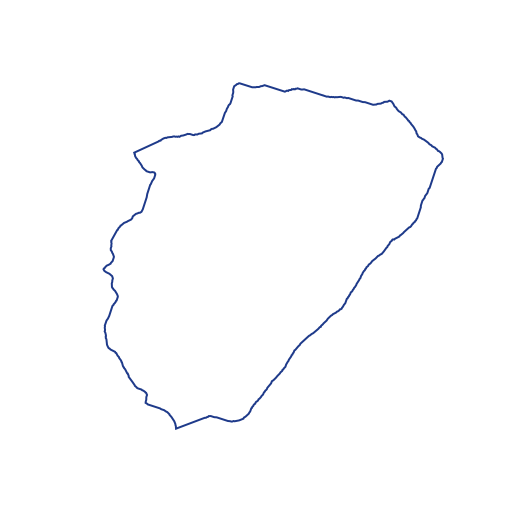 the district of Palmeras, Alajuela, Costa Rica, rotated 198°
{"feature_id": "36466004B65263454965640", "entity_name": "Palmeras", "entity_type": "district", "adm_level": 2, "iso_a3": "CRI", "parent_name": "Costa Rica", "parent_adm1": "Alajuela", "projection": "orthographic", "projection_center": [-84.433, 10.047], "detail": "fine", "context": "isolated", "style": "outline", "palette": "blue", "viewbox_px": 512, "rotation_deg": 198, "n_neighbors": 0, "source": "geoboundaries", "source_scale": "gbopen_adm2", "svg_char_len": 6103}
<svg xmlns="http://www.w3.org/2000/svg" viewBox="0 0 512 512"><g transform="rotate(198 256 256)"><path d="M278.7,67.1L255.6,85.6L254.7,86.3L253.6,86.7L253.0,87.5L252.0,88.1L251.5,89.1L249.5,89.8L245.9,89.8L243.6,90.4L231.7,90.4L229.5,90.9L228.3,90.9L227.3,91.3L226.4,92.1L225.3,92.2L221.3,94.4L217.7,97.4L217.6,98.5L216.3,100.0L214.1,103.9L214.0,105.1L213.5,106.2L213.4,109.7L212.9,110.3L212.9,111.5L212.3,112.4L212.2,113.6L211.7,114.7L211.1,115.3L211.1,116.5L210.7,117.5L209.9,118.3L209.4,119.3L209.3,120.5L208.6,121.4L207.7,123.4L207.5,124.5L206.5,126.4L206.3,128.7L205.7,129.7L205.6,130.8L204.9,131.8L204.5,132.9L204.5,134.1L202.3,139.5L202.2,141.8L201.0,143.3L199.4,146.4L198.6,148.5L197.0,151.7L196.8,152.8L195.6,154.8L195.6,156.0L195.0,156.6L194.8,157.7L193.8,159.7L193.8,162.1L193.1,165.3L192.7,166.3L192.7,167.5L191.5,171.4L191.5,172.6L190.9,173.5L190.9,174.7L190.4,175.7L190.3,178.0L189.6,178.9L187.9,183.1L186.8,185.1L186.7,186.3L180.9,196.5L180.2,197.1L179.0,199.0L177.8,200.2L174.2,206.0L173.4,208.0L172.5,208.6L172.5,209.8L171.3,211.7L171.0,212.7L168.9,216.4L168.3,218.6L166.2,222.5L165.3,223.4L164.9,224.4L162.4,226.9L161.9,228.0L161.0,228.7L160.0,230.1L159.8,231.1L158.9,231.6L158.3,232.3L158.2,233.4L157.7,234.5L157.3,236.7L156.5,238.7L156.4,243.4L155.8,244.0L155.8,245.2L155.2,246.2L155.2,247.4L154.7,248.3L154.6,250.7L153.9,251.6L153.5,252.7L153.4,253.8L152.9,254.9L152.8,256.1L152.3,257.0L152.0,258.2L151.7,259.3L151.7,260.5L150.5,265.0L150.4,266.2L149.9,267.1L149.9,269.5L149.3,271.6L149.3,272.8L148.7,275.1L148.1,276.0L148.1,277.2L147.5,278.1L147.5,279.3L146.3,281.2L146.2,282.3L145.7,283.3L145.1,283.9L144.6,285.0L143.9,287.1L141.5,290.6L140.0,293.7L139.2,294.3L138.0,296.1L137.2,296.6L135.9,299.7L134.5,304.1L133.9,305.0L133.9,306.2L132.9,308.4L132.7,310.7L131.5,312.6L131.4,313.6L130.8,314.2L129.7,314.3L129.2,315.3L125.7,318.8L125.5,319.9L124.9,320.5L123.1,323.3L122.7,324.4L119.2,330.5L118.3,331.2L117.8,332.1L117.2,334.4L116.6,335.3L116.4,336.4L115.6,337.2L115.4,338.4L114.8,339.3L114.8,340.5L114.3,341.5L114.3,353.4L114.7,354.4L114.8,355.5L114.8,360.3L114.3,361.2L114.1,362.3L113.7,363.0L113.7,365.4L112.5,368.7L112.5,373.4L111.9,374.4L111.8,394.6L111.3,395.6L111.3,396.8L108.9,401.1L108.8,402.1L108.3,402.8L108.3,406.4L108.9,407.0L110.3,410.0L111.1,410.8L113.1,411.8L114.2,412.2L115.4,412.2L117.0,413.4L118.1,413.6L119.0,414.3L122.5,414.8L123.4,415.5L125.6,415.9L126.6,416.6L127.7,417.1L132.2,418.6L134.5,418.8L135.6,419.3L136.8,419.3L138.9,419.9L140.2,421.6L141.1,422.1L142.2,424.1L143.1,424.7L144.6,426.2L146.4,427.7L149.3,429.5L150.1,430.3L151.2,430.7L152.0,431.6L153.1,431.8L153.7,432.4L156.5,434.2L157.6,434.5L159.4,436.0L160.6,436.0L162.6,437.3L164.9,437.8L165.9,438.3L167.7,439.5L168.3,440.2L169.3,440.7L170.4,441.0L172.4,443.1L174.8,444.9L177.2,444.9L178.6,443.4L181.7,442.2L182.3,441.2L183.2,440.7L184.4,439.5L187.5,438.2L188.3,437.3L191.4,436.0L199.8,436.0L202.0,435.4L206.8,435.4L208.9,434.8L217.2,434.8L218.2,434.2L220.6,434.2L221.5,433.6L223.9,433.6L225.0,433.4L228.1,432.0L229.2,431.8L230.1,431.2L231.3,431.2L232.4,430.7L233.5,430.6L234.5,430.0L236.8,429.9L237.9,429.4L261.7,429.4L263.7,428.5L264.7,428.3L268.3,428.3L268.9,427.7L270.0,427.3L270.5,426.5L271.7,426.5L272.3,425.9L273.4,425.8L273.9,424.8L275.9,423.9L276.4,422.9L277.6,422.9L279.3,421.2L300.6,421.1L302.8,419.4L303.7,419.1L305.3,417.7L307.5,417.0L308.4,416.4L311.8,415.3L324.8,415.2L325.7,414.9L326.4,414.0L327.3,413.5L327.8,412.5L329.2,410.7L329.2,407.2L328.3,405.0L328.1,403.9L328.1,401.5L327.5,400.6L327.5,393.5L327.7,392.4L328.4,391.4L328.7,390.3L328.7,389.1L329.2,387.0L329.2,384.6L329.8,382.5L329.9,373.0L331.0,371.0L331.2,369.8L333.6,366.2L336.2,363.7L337.2,363.3L338.0,362.5L338.4,361.5L342.5,358.9L344.8,356.9L345.3,355.9L348.2,354.6L349.4,353.4L351.5,352.8L352.0,352.0L353.1,351.6L356.6,351.6L357.6,351.2L358.8,351.0L360.0,349.9L362.5,348.1L364.4,347.2L365.6,345.7L366.8,345.7L367.4,345.1L368.5,345.0L369.5,344.5L370.7,344.5L371.8,344.0L372.7,343.3L376.8,341.5L377.7,340.6L378.7,340.4L380.3,339.2L382.1,337.1L382.4,336.2L383.3,335.9L383.9,335.3L383.9,335.0L403.7,316.7L403.2,316.2L403.2,315.7L402.8,315.6L401.8,313.6L400.3,312.2L399.0,311.5L398.0,310.5L396.6,309.9L396.1,309.1L395.2,308.7L392.6,306.6L391.4,305.2L388.4,303.7L387.5,303.5L386.4,302.8L382.5,302.8L380.4,303.8L378.5,304.0L377.4,303.3L377.4,302.8L376.9,302.2L376.9,298.3L377.9,295.3L378.3,291.5L378.6,291.1L378.6,281.4L378.1,278.0L378.1,265.4L378.6,262.6L379.8,261.2L380.7,261.0L382.0,259.8L383.2,259.0L385.4,255.6L385.4,253.6L386.1,252.0L388.8,249.4L389.3,248.7L391.7,246.7L393.8,243.3L394.2,243.1L394.4,241.9L395.4,239.9L395.6,238.1L396.0,237.8L396.3,236.4L398.4,225.6L398.0,225.2L398.0,224.5L397.3,223.5L396.9,221.3L396.5,220.7L396.5,218.4L395.9,216.7L394.5,215.7L393.6,214.5L392.7,213.8L390.9,211.4L390.8,210.7L390.8,206.9L391.9,204.5L391.9,203.8L393.4,202.1L395.0,200.7L396.0,198.7L396.1,198.0L396.9,197.0L396.9,196.2L395.6,195.0L393.5,194.3L389.9,193.8L386.6,192.4L385.2,190.5L385.1,188.3L384.7,186.9L384.7,185.4L383.4,182.0L382.9,181.4L381.7,180.8L381.3,180.2L379.3,179.3L376.4,176.8L375.0,175.1L374.8,174.4L374.8,170.6L375.2,170.2L375.3,168.8L375.6,168.3L375.7,167.6L376.4,166.3L376.4,165.5L377.1,164.2L377.1,153.6L377.5,150.6L378.2,148.5L378.3,143.1L377.9,142.5L377.7,141.1L376.7,139.0L376.6,137.5L375.6,136.5L374.4,134.5L374.1,133.9L374.1,133.1L373.7,132.7L373.7,132.0L373.4,131.4L372.8,130.9L372.4,130.3L370.3,125.6L368.9,124.0L367.6,122.8L366.8,122.8L365.5,122.1L360.4,121.3L359.6,120.5L358.9,120.5L356.9,118.5L355.0,117.4L354.6,116.7L352.2,115.0L351.7,114.5L351.4,113.8L350.7,113.5L348.6,110.3L347.8,109.5L347.1,109.2L346.8,108.6L345.5,107.9L342.3,104.7L341.6,104.6L341.4,104.0L340.3,103.1L339.7,101.7L334.4,97.9L331.4,95.6L331.1,95.1L329.1,94.3L328.7,93.9L327.4,93.6L323.6,93.6L322.9,93.2L321.4,93.1L319.3,92.4L318.9,92.0L318.2,91.9L316.7,90.2L316.7,87.9L315.9,85.2L315.9,83.7L315.6,82.2L313.7,81.8L313.1,81.4L300.2,81.4L298.8,81.0L295.8,81.0L293.6,80.3L292.1,80.1L289.4,78.7L289.1,78.2L286.7,76.8L282.7,73.6L280.8,71.3L280.2,70.1L279.7,69.5L278.7,67.1Z" fill="none" stroke="#1e3a8a" stroke-width="2"/></g></svg>